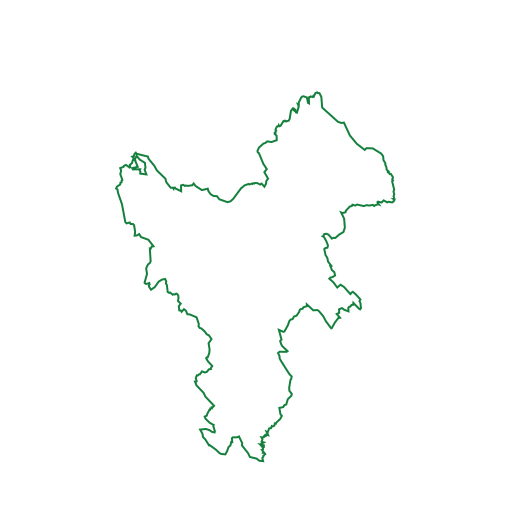 the district of Ås nor, Akershus, Norway, rotated 48°
{"feature_id": "86288312B89206777827564", "entity_name": "Ås nor", "entity_type": "district", "adm_level": 2, "iso_a3": "NOR", "parent_name": "Norway", "parent_adm1": "Akershus", "projection": "natural_earth1", "projection_center": [10.806, 59.679], "detail": "fine", "context": "isolated", "style": "outline", "palette": "green", "viewbox_px": 512, "rotation_deg": 48, "n_neighbors": 0, "source": "geoboundaries", "source_scale": "gbopen_adm2", "svg_char_len": 6142}
<svg xmlns="http://www.w3.org/2000/svg" viewBox="0 0 512 512"><g transform="rotate(48 256 256)"><path d="M365.3,417.6L365.4,417.0L373.0,415.4L378.1,415.0L379.8,414.3L382.9,411.5L381.6,407.8L379.6,404.3L379.7,401.8L377.6,398.8L378.4,398.2L375.3,395.8L375.2,394.7L378.2,391.2L378.7,389.4L385.9,391.5L387.3,393.2L397.1,393.8L401.3,395.0L407.0,391.1L410.4,390.5L413.2,388.0L410.4,386.5L409.9,384.5L409.3,384.1L409.4,381.7L407.8,381.5L406.8,382.6L406.2,381.5L404.2,381.4L404.6,380.8L404.3,380.0L402.8,379.3L403.3,378.1L401.9,376.8L400.8,377.6L401.3,379.0L398.9,379.1L400.4,378.0L399.1,377.5L399.8,374.9L397.8,376.1L396.3,373.6L394.4,373.3L395.4,372.5L395.4,370.9L396.7,370.4L395.2,370.2L395.1,369.5L396.2,369.0L395.5,368.1L397.3,366.9L393.5,365.7L394.8,365.1L392.9,361.6L394.0,360.1L392.9,358.1L393.8,357.7L394.4,355.9L393.0,354.1L393.9,353.4L393.4,352.7L393.3,347.0L392.1,343.8L389.9,343.7L384.5,340.3L386.5,336.9L385.8,334.6L386.6,332.9L383.7,328.2L383.5,323.1L382.5,321.7L378.5,321.4L376.2,319.6L371.1,313.2L370.9,312.0L369.4,310.1L365.9,310.2L349.9,307.5L347.6,306.8L346.2,305.5L342.9,304.6L342.9,302.6L347.7,297.3L347.8,296.2L340.5,296.8L338.4,296.3L335.3,294.9L335.2,293.0L326.2,288.4L330.6,286.5L331.1,285.3L328.7,278.4L326.7,274.9L326.4,272.8L327.4,271.1L326.4,268.3L327.5,265.9L326.4,261.2L325.3,259.5L325.4,258.2L326.4,256.7L325.8,255.2L327.3,251.7L326.0,250.6L334.7,249.8L337.1,246.7L338.6,246.1L345.7,246.3L351.1,247.7L360.1,248.5L360.3,247.9L358.3,242.2L357.2,236.4L358.1,234.9L353.1,234.8L353.9,232.2L351.2,229.9L352.3,226.9L355.0,226.4L359.0,224.3L356.3,222.1L356.0,220.9L356.7,219.8L356.3,217.7L357.3,216.4L356.0,215.0L364.1,214.7L365.3,214.3L365.1,213.0L361.1,210.0L358.7,209.2L358.2,207.5L351.0,207.5L347.4,208.0L347.1,209.8L347.5,211.3L347.0,211.4L337.9,211.3L333.9,212.4L333.8,216.7L327.3,216.1L321.9,216.7L321.8,215.2L322.8,213.4L323.4,210.3L320.4,208.6L317.2,209.0L313.0,207.4L313.6,206.6L308.4,206.2L305.2,204.3L301.9,203.7L296.5,200.6L296.5,199.2L297.6,197.4L296.4,195.5L292.0,193.8L287.5,192.8L286.0,193.2L286.2,192.4L285.4,190.5L286.7,188.7L288.7,187.8L293.8,188.0L294.4,186.1L295.7,185.0L295.7,180.0L296.7,175.0L294.4,171.0L287.2,165.5L280.6,163.6L282.0,162.9L283.4,160.2L282.5,158.9L282.0,153.2L283.0,151.3L282.4,150.0L284.9,148.5L285.4,146.5L291.0,142.5L292.3,139.7L294.2,138.2L296.2,135.0L297.9,134.8L298.1,133.2L299.4,130.5L300.0,130.2L297.3,129.8L297.2,129.0L300.3,126.9L300.1,123.9L304.0,122.6L304.4,121.2L307.3,119.0L307.5,116.9L307.0,116.5L306.9,115.5L305.7,115.7L306.2,115.2L305.9,114.7L303.5,113.7L302.7,112.0L300.1,110.7L299.3,109.0L291.5,104.8L291.5,103.6L290.1,103.4L289.6,102.0L288.7,101.4L285.0,100.9L284.5,101.4L285.3,101.9L282.8,101.5L282.0,102.0L281.5,101.6L281.7,100.9L279.2,101.1L277.3,99.7L274.7,98.9L273.9,97.9L270.0,97.1L267.0,94.8L263.8,94.4L254.2,97.2L249.8,101.7L249.9,104.2L240.2,106.0L229.3,105.6L215.7,101.4L214.2,103.6L211.1,105.3L190.0,107.5L181.5,101.0L177.4,99.9L176.1,101.2L175.3,101.1L174.7,102.9L176.2,106.4L175.4,106.4L175.7,107.6L174.0,108.6L174.1,109.6L173.5,110.0L174.0,111.1L178.1,114.5L177.0,114.9L172.3,112.1L169.3,113.7L168.6,114.5L168.4,116.1L170.5,121.5L172.3,123.1L171.4,123.4L173.5,124.2L176.9,129.7L176.0,130.2L173.9,129.1L173.8,129.9L173.2,129.5L172.8,130.2L171.8,129.2L170.9,129.7L171.5,132.9L176.6,139.2L177.3,141.1L176.4,143.2L175.0,143.8L175.3,144.4L174.1,145.2L175.7,150.7L175.2,151.8L174.1,151.6L174.6,152.4L173.8,153.4L174.3,155.3L175.1,156.9L176.4,157.2L176.3,158.0L177.4,158.9L177.2,159.4L177.7,159.4L177.8,160.4L180.4,160.2L183.8,163.1L181.7,168.2L178.3,171.0L178.3,173.4L177.4,175.3L177.4,181.2L178.9,184.6L180.1,185.3L181.5,185.0L192.5,188.9L198.6,189.8L199.3,193.7L206.6,195.3L207.2,198.2L209.0,200.2L210.1,203.4L205.9,203.4L205.7,205.1L202.8,206.2L200.9,208.1L200.9,209.0L200.0,209.5L200.0,210.5L199.5,210.6L198.3,213.2L197.5,213.3L195.9,217.1L195.7,221.9L198.3,234.7L198.3,238.4L196.9,241.2L189.3,245.3L185.4,245.0L183.0,247.4L179.6,248.4L175.8,247.9L173.7,246.8L170.8,252.1L163.5,254.1L160.4,253.8L160.8,256.0L158.1,260.0L156.7,260.9L156.3,262.0L154.5,262.4L153.4,264.5L157.8,268.3L151.6,270.8L150.9,270.5L150.2,271.5L150.8,272.3L149.5,272.2L148.2,273.7L141.2,273.3L138.0,271.6L126.0,272.4L121.1,271.2L111.8,270.8L109.8,269.8L100.0,276.4L98.8,276.2L98.9,278.2L100.2,280.2L99.4,281.5L103.4,281.7L102.3,283.4L104.0,286.0L103.9,288.9L105.7,289.8L105.8,290.7L101.3,291.7L100.6,294.0L101.1,294.9L99.8,298.1L102.3,299.1L104.4,302.1L110.0,304.4L110.0,305.3L111.3,306.6L110.8,307.7L112.0,309.1L111.4,312.8L112.2,314.8L113.9,314.4L116.8,316.3L127.9,321.0L143.3,330.4L145.2,330.3L146.6,327.4L148.2,327.8L150.0,326.0L151.6,326.0L157.1,329.6L159.7,332.6L161.1,330.6L161.5,328.2L165.0,328.8L171.9,325.1L180.2,325.7L179.2,327.3L180.1,329.5L179.4,329.9L189.5,337.9L190.2,339.8L190.0,342.0L191.7,345.9L196.4,349.0L201.3,356.7L202.6,356.7L203.6,355.9L204.6,353.4L206.0,354.1L206.3,355.5L207.2,356.0L210.8,356.6L211.4,352.1L209.9,345.4L210.6,341.8L212.2,338.9L214.7,339.6L216.1,341.3L217.8,341.6L223.7,345.7L225.3,345.2L225.6,344.3L229.0,343.8L229.1,343.0L230.3,342.1L230.5,340.5L231.4,340.0L233.3,340.2L235.5,341.8L237.2,344.1L241.0,343.8L241.7,347.0L245.1,349.4L246.3,348.3L247.7,348.6L247.3,345.1L249.8,344.7L253.4,346.0L254.9,344.4L261.8,341.2L268.3,344.0L269.7,345.7L271.8,346.0L273.2,345.1L277.6,344.6L281.2,345.0L283.5,344.1L288.0,344.7L289.1,349.6L294.5,353.1L297.0,355.9L299.0,359.7L298.3,360.6L298.7,361.5L302.1,362.2L308.5,362.1L309.2,365.0L309.8,365.2L308.7,366.9L309.2,370.0L308.3,372.0L305.6,373.3L306.4,376.8L305.8,377.5L305.9,379.2L305.1,379.8L306.4,382.4L309.4,383.9L309.4,384.7L308.6,385.4L312.3,386.8L322.7,386.5L326.6,387.7L339.3,387.4L339.4,389.4L338.8,390.1L339.7,390.8L338.7,392.0L339.6,393.1L339.2,393.8L340.8,398.0L341.7,399.3L341.0,401.6L343.3,402.4L349.0,402.0L353.3,400.5L353.8,401.5L358.8,403.9L359.4,404.8L357.3,406.4L354.2,407.1L351.0,409.0L347.6,413.7L352.3,414.7L355.0,416.5L358.5,416.4L365.3,417.6ZM103.4,281.7L101.6,277.7L106.6,277.9L112.4,276.2L116.5,279.1L117.2,280.9L122.0,282.9L117.3,286.9L116.0,285.5L114.4,285.1L114.0,284.1L109.2,289.6L107.9,289.2L110.6,284.2L103.4,281.7Z" fill="none" stroke="#15803d" stroke-width="2"/></g></svg>